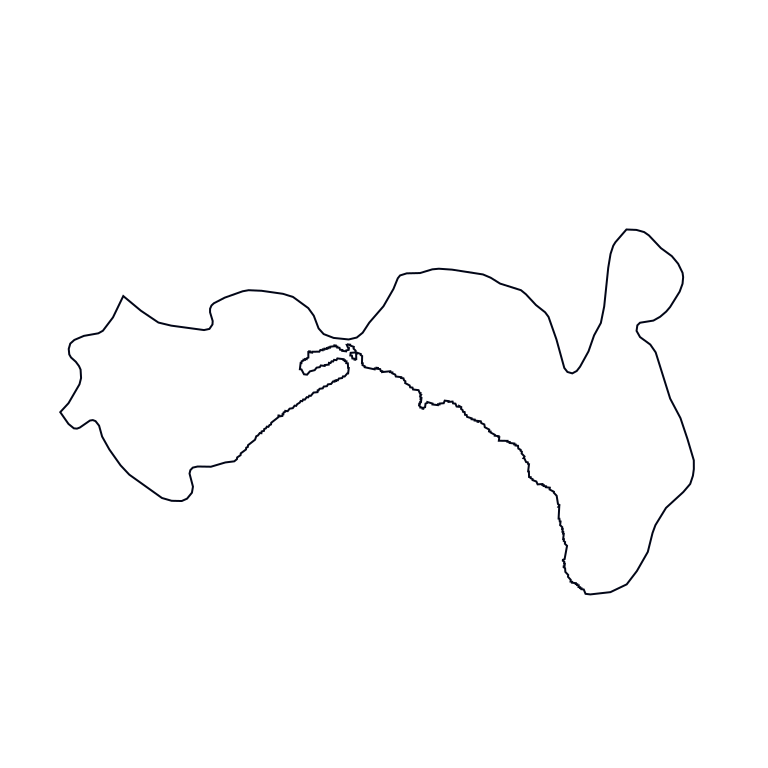 Jaquimeyes, Barahona, Dominican Republic (Robinson projection), rotated 7°
{"feature_id": "3306468B18666570412255", "entity_name": "Jaquimeyes", "entity_type": "district", "adm_level": 2, "iso_a3": "DOM", "parent_name": "Dominican Republic", "parent_adm1": "Barahona", "projection": "robinson", "projection_center": [-71.041, 18.313], "detail": "fine", "context": "isolated", "style": "outline", "palette": "ink", "viewbox_px": 768, "rotation_deg": 7, "n_neighbors": 0, "source": "geoboundaries", "source_scale": "gbopen_adm2", "svg_char_len": 6107}
<svg xmlns="http://www.w3.org/2000/svg" viewBox="0 0 768 768"><g transform="rotate(7 384 384)"><path d="M642.3,215.4L628.8,204.2L623.7,201.5L615.8,200.3L605.8,201.1L596.4,215.1L594.7,218.8L593.0,227.3L592.4,241.3L593.1,280.2L591.8,297.0L586.6,310.1L583.0,326.7L576.5,342.9L573.7,347.6L569.6,350.5L564.6,349.7L561.0,346.1L549.7,318.7L539.1,297.3L535.2,293.2L525.2,287.1L513.9,277.6L508.5,274.2L487.0,270.2L476.9,265.5L468.9,263.2L437.6,262.2L424.4,262.9L418.0,264.3L406.2,269.5L393.1,271.4L386.7,274.3L384.8,277.4L381.8,288.5L374.0,306.9L361.9,324.9L356.6,335.7L351.3,341.2L343.5,344.1L328.4,344.4L318.0,341.8L312.3,336.8L306.0,324.8L299.6,317.9L283.1,308.7L272.7,306.8L251.0,306.4L238.2,307.4L232.4,309.2L215.4,317.7L205.3,324.6L203.2,327.1L202.2,330.5L202.6,334.0L206.3,342.4L206.5,345.8L204.0,350.6L198.8,352.4L165.7,352.0L152.6,350.5L133.8,340.9L114.5,328.5L106.9,350.9L98.5,365.4L94.3,368.5L80.3,372.8L71.3,378.0L67.7,382.1L66.8,387.6L68.0,393.0L70.1,395.8L75.4,399.5L79.1,403.4L81.1,406.7L82.6,415.0L81.8,421.4L73.2,441.5L66.1,451.4L75.7,462.1L81.6,465.8L84.7,465.7L87.4,464.3L96.6,456.1L99.4,455.3L102.2,456.0L106.3,460.1L110.6,470.5L119.4,482.5L132.4,496.8L142.2,505.0L177.5,524.2L187.5,525.8L197.5,524.8L202.5,521.8L206.6,515.3L206.9,509.2L201.9,496.6L202.3,493.1L204.4,490.3L209.1,488.6L222.3,487.2L236.1,481.2L244.8,479.0L247.2,476.5L247.2,474.8L250.3,472.1L250.3,470.3L255.0,465.8L255.0,464.0L256.5,463.1L256.5,461.3L262.8,455.0L263.6,451.4L265.1,450.5L266.7,447.8L268.3,447.8L268.3,446.0L270.6,445.1L270.6,443.3L272.2,442.4L272.9,440.6L274.5,440.6L275.3,438.8L276.8,437.9L276.8,436.2L283.1,429.9L283.1,428.1L283.9,428.1L283.9,429.0L287.0,428.1L287.0,426.3L287.8,426.3L287.8,424.5L289.3,423.6L289.3,422.7L291.7,422.7L293.3,420.0L296.4,419.1L297.9,416.4L299.5,416.4L300.3,414.6L302.6,412.8L303.4,411.0L305.0,411.0L305.7,409.2L307.3,409.2L308.9,406.5L310.4,406.5L311.2,404.7L312.8,404.7L315.1,401.1L319.0,400.2L319.0,398.4L319.8,398.4L320.6,396.6L323.7,395.8L324.5,393.9L327.6,393.1L328.4,391.2L331.5,390.4L333.1,387.7L334.6,387.7L334.6,386.8L336.2,386.8L336.2,385.9L337.8,385.9L338.5,384.1L341.7,383.2L342.4,381.4L344.0,381.4L346.4,377.8L347.1,377.8L347.1,372.4L346.4,372.4L345.6,367.9L344.0,367.9L344.0,366.1L342.4,366.1L342.4,365.2L340.9,365.2L340.9,364.3L334.6,364.3L333.9,366.1L331.5,366.1L330.7,367.9L329.2,367.9L328.4,369.7L326.8,369.7L326.8,371.5L322.9,372.4L322.9,373.3L319.0,373.3L318.2,375.1L315.1,376.0L313.5,378.7L308.9,380.5L306.5,384.1L303.4,384.1L300.3,379.6L298.7,379.6L298.7,373.3L299.5,373.3L299.5,371.5L301.1,370.6L301.1,369.7L302.6,369.7L302.6,368.8L304.2,368.8L304.2,367.9L305.7,367.0L305.0,361.6L305.7,361.6L305.7,360.7L306.5,360.7L306.5,361.6L308.9,361.6L308.9,360.7L315.9,359.8L316.7,358.0L319.0,358.0L319.0,357.1L320.6,357.1L320.6,356.2L322.9,356.2L322.9,355.3L324.5,355.3L324.5,354.4L326.1,354.4L326.1,353.5L330.0,352.6L330.0,351.7L331.5,351.7L331.5,352.6L333.1,352.6L333.1,353.5L335.4,353.5L336.2,355.3L338.5,355.3L338.5,356.2L342.4,356.2L342.4,355.3L344.8,354.4L344.8,352.6L344.0,352.6L342.4,349.9L343.2,349.9L343.2,349.1L345.6,349.1L345.6,349.9L349.5,350.8L349.5,352.6L351.8,354.4L351.8,356.2L347.1,357.1L347.1,359.8L348.7,359.8L349.5,362.5L351.8,362.5L351.8,363.4L352.6,363.4L352.6,362.5L353.4,362.5L352.6,357.1L353.4,357.1L353.4,356.2L357.3,357.1L357.3,358.0L358.9,358.9L359.6,366.1L360.4,366.1L360.4,367.9L362.8,368.8L362.8,369.7L372.9,370.6L372.9,369.7L374.5,369.7L374.5,368.8L376.0,368.8L376.0,369.7L378.4,369.7L379.2,371.5L380.7,371.5L380.7,372.4L388.6,370.6L388.6,371.5L390.9,371.5L390.9,372.4L394.0,373.3L394.8,375.1L400.3,375.1L400.3,376.0L402.6,376.0L403.4,377.8L404.9,378.7L404.9,380.5L409.6,382.3L410.4,384.1L412.7,384.1L413.5,385.9L419.0,385.9L420.6,388.6L421.4,388.6L421.4,390.4L422.1,390.4L421.4,392.2L422.9,393.1L422.9,393.9L422.1,393.9L422.1,394.8L422.9,394.8L422.9,397.5L422.1,397.5L422.1,399.3L421.4,399.3L421.4,401.1L422.9,402.0L422.9,402.9L425.3,402.9L425.3,403.8L426.0,403.8L426.0,402.9L427.6,402.0L427.6,398.4L429.2,397.5L429.2,396.6L434.6,397.5L434.6,398.4L440.1,398.4L440.1,397.5L441.6,397.5L441.6,396.6L445.6,395.8L446.3,393.1L450.3,393.1L450.3,393.9L454.2,393.1L454.9,394.8L457.3,394.8L458.8,397.5L461.2,397.5L461.2,396.6L463.5,397.5L463.5,399.3L465.1,400.2L465.9,402.0L467.4,402.0L468.2,404.7L469.8,404.7L470.5,406.5L475.2,407.4L475.2,408.3L478.4,408.3L478.4,409.2L481.5,409.2L481.5,410.1L482.3,410.1L482.3,409.2L484.6,409.2L485.4,411.0L488.5,411.9L489.3,414.6L494.0,416.4L494.0,418.2L495.6,418.2L495.6,419.1L500.2,420.9L500.2,421.8L504.1,421.8L504.1,422.7L504.9,422.7L504.9,426.3L513.5,425.4L513.5,426.3L515.9,426.3L515.9,427.2L520.6,427.2L520.6,428.1L522.1,428.1L522.1,429.0L524.5,429.0L525.2,431.7L527.6,432.6L527.6,433.5L529.1,434.4L529.1,436.2L532.3,438.8L531.5,440.6L532.3,440.6L534.6,444.2L536.2,444.2L536.9,446.0L537.7,446.0L537.7,453.2L538.5,453.2L539.3,458.6L540.9,458.6L540.9,459.5L543.2,460.4L543.2,461.3L547.1,462.2L548.7,464.9L553.4,464.0L553.4,464.9L554.9,464.9L554.9,465.8L557.3,465.8L557.3,466.7L561.2,466.7L561.2,468.5L565.8,470.3L565.8,471.2L569.0,473.9L571.3,481.9L572.9,482.8L572.1,484.6L572.9,484.6L573.7,496.3L574.5,496.3L575.2,499.0L576.0,499.0L576.0,502.6L578.4,504.4L578.4,506.2L579.1,506.2L579.1,508.9L579.9,508.9L579.9,510.7L580.7,510.7L580.7,516.1L581.5,516.1L581.5,517.9L583.0,518.8L583.0,520.5L585.4,522.3L584.6,535.8L583.0,536.7L583.0,537.6L584.6,538.5L584.6,540.3L585.4,540.3L585.4,543.0L584.6,543.0L584.6,543.9L586.2,544.8L586.9,548.4L590.1,551.1L590.1,552.9L593.2,555.6L593.2,557.4L594.8,557.4L594.8,558.3L598.7,558.3L598.7,559.2L600.2,559.2L600.2,560.1L601.8,560.1L601.8,561.8L603.4,561.8L603.4,562.7L604.9,562.7L604.9,563.6L607.3,563.6L609.6,567.7L614.4,567.7L634.1,563.0L649.3,553.3L657.8,538.8L666.3,518.5L668.7,499.1L670.6,491.0L679.0,472.6L694.2,454.8L700.1,445.9L701.8,437.4L701.9,430.7L700.8,422.0L691.9,401.6L682.4,381.7L669.8,363.6L649.8,319.5L643.5,312.4L632.4,306.2L628.2,300.5L628.3,294.9L630.6,292.0L643.7,288.2L649.9,283.6L655.3,277.7L658.6,272.7L666.2,256.3L668.1,248.1L667.9,241.5L666.8,237.3L661.3,228.8L654.1,222.0L642.3,215.4Z" fill="none" stroke="#020617" stroke-width="2"/></g></svg>